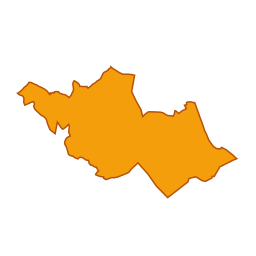 Ibadan North West, Oyo, Nigeria (Natural Earth projection), rotated 158°
{"feature_id": "59680162B17793632216798", "entity_name": "Ibadan North West", "entity_type": "district", "adm_level": 2, "iso_a3": "NGA", "parent_name": "Nigeria", "parent_adm1": "Oyo", "projection": "natural_earth1", "projection_center": [3.873, 7.409], "detail": "fine", "context": "isolated", "style": "filled", "palette": "amber", "viewbox_px": 256, "rotation_deg": 158, "n_neighbors": 0, "source": "geoboundaries", "source_scale": "gbopen_adm2", "svg_char_len": 4775}
<svg xmlns="http://www.w3.org/2000/svg" viewBox="0 0 256 256"><g transform="rotate(158 128 128)"><path d="M144.9,86.4L142.9,87.0L142.6,87.1L141.5,88.1L139.9,88.8L138.2,89.6L136.9,90.0L135.4,90.5L133.6,91.2L131.9,92.0L126.9,78.3L123.5,63.7L117.3,48.6L92.8,55.5L90.3,58.3L83.4,57.4L78.9,51.3L76.1,49.5L68.9,50.2L68.0,51.7L66.3,50.7L57.4,57.6L42.2,58.8L38.6,58.8L39.5,60.2L40.5,62.8L45.0,70.9L48.5,75.0L50.2,74.0L53.6,75.7L55.8,79.1L57.6,86.4L57.6,92.8L57.9,97.2L57.6,101.7L57.3,108.2L57.3,111.8L57.0,115.6L57.0,117.8L56.8,122.5L56.6,126.5L57.9,127.1L60.0,128.7L62.7,129.7L64.2,129.7L64.9,127.6L67.1,128.0L66.6,124.3L68.9,123.8L71.4,123.7L75.6,122.5L77.0,125.5L78.0,126.5L79.0,124.8L80.3,123.1L81.6,122.0L83.0,122.9L84.9,123.8L86.7,124.9L88.0,126.3L89.6,128.7L92.0,130.5L94.6,131.7L95.7,132.2L99.2,133.8L102.0,135.0L103.6,135.3L107.2,134.3L110.1,133.2L109.1,140.2L110.3,149.3L111.0,160.4L102.1,174.4L104.3,176.0L107.7,177.8L112.6,179.8L115.1,182.4L117.5,185.8L118.7,187.4L120.2,189.5L120.9,191.0L121.0,190.7L121.9,190.2L122.4,190.1L123.1,190.1L123.8,189.9L124.3,189.7L124.6,189.5L124.9,189.0L125.9,188.9L126.3,188.8L127.0,188.7L127.7,188.7L129.1,188.6L130.0,188.3L131.0,187.6L131.7,187.0L132.4,186.2L133.1,185.6L134.0,184.9L134.4,184.4L135.3,183.9L136.4,183.6L137.3,183.3L137.7,183.3L138.7,183.3L139.3,183.0L140.3,182.6L141.2,182.3L142.1,182.1L144.4,181.8L145.4,181.4L146.3,180.9L147.8,180.5L149.8,180.0L150.3,180.1L150.6,180.7L150.6,181.3L150.5,181.6L150.5,181.9L151.3,182.1L152.6,182.6L154.3,183.3L155.2,183.9L157.0,184.5L157.0,185.0L157.0,185.9L157.0,186.5L157.2,187.4L157.6,188.5L158.1,189.4L159.1,190.6L160.2,192.0L161.0,191.5L162.2,190.3L162.8,189.0L163.3,187.0L163.7,185.3L164.1,184.2L164.6,183.3L166.4,181.7L168.9,179.4L171.2,178.3L171.5,178.6L172.1,179.8L172.8,181.1L173.1,181.7L173.6,182.1L174.8,183.0L175.6,183.5L176.8,184.6L177.9,185.4L178.3,186.0L178.7,186.8L179.0,187.8L179.3,187.8L179.7,188.0L180.0,188.1L180.4,188.4L180.7,188.6L180.9,188.8L181.3,188.9L181.6,188.9L182.3,189.0L182.6,189.0L182.7,188.8L182.9,188.6L183.0,188.3L183.2,188.1L183.4,188.2L183.7,188.5L184.0,188.9L184.3,189.0L184.8,189.1L185.3,189.1L185.7,189.1L185.9,188.9L186.1,188.7L187.0,189.7L187.3,189.4L187.6,188.7L187.8,188.2L188.2,188.5L188.1,188.9L188.4,189.5L188.8,190.6L188.8,191.3L189.0,192.1L189.9,193.9L190.9,195.4L191.8,196.5L192.2,196.9L192.5,197.4L192.8,197.7L193.1,198.1L193.6,198.5L194.1,199.1L194.7,199.6L195.1,200.1L195.3,200.3L195.5,200.7L195.9,201.2L196.1,201.6L196.3,201.8L196.8,202.4L197.9,203.3L198.8,204.2L199.6,205.2L200.6,206.3L201.2,206.6L201.3,206.7L201.4,206.8L201.6,206.9L201.7,207.0L202.1,207.1L202.7,207.4L202.9,207.2L203.2,207.0L203.7,206.7L204.4,206.2L205.1,205.8L205.8,205.5L206.9,205.2L208.0,204.8L209.1,204.5L210.4,203.8L211.2,203.4L212.2,203.0L213.8,202.4L214.7,202.1L215.6,201.8L216.4,201.7L216.9,201.5L217.4,201.6L217.3,201.1L217.0,200.8L216.8,200.4L216.4,199.8L215.5,198.6L214.6,198.1L213.8,197.2L213.5,196.8L213.4,196.3L213.4,194.8L213.7,193.5L214.0,193.1L214.7,191.8L215.1,190.4L215.1,187.8L213.4,187.9L211.5,187.9L208.3,188.1L206.3,187.9L205.8,187.5L205.5,187.3L205.6,186.4L205.7,185.8L205.8,185.2L206.0,184.9L206.4,184.5L206.9,184.0L207.1,183.7L207.3,183.3L207.3,182.8L207.3,182.4L207.4,181.2L207.3,180.4L207.2,179.9L207.0,179.4L206.6,178.6L206.2,177.6L206.0,177.2L205.8,176.8L205.5,176.3L204.7,174.5L204.0,173.1L203.7,172.3L203.3,171.9L202.5,171.0L201.8,170.1L201.5,169.5L201.2,168.8L200.8,167.9L200.7,167.3L200.6,166.6L200.6,165.6L200.7,164.7L200.8,163.6L200.9,162.8L201.0,162.3L201.0,162.0L201.0,161.4L201.0,160.1L201.0,157.9L200.9,156.0L200.9,155.5L200.4,154.7L199.8,153.6L198.4,151.2L197.7,150.0L191.3,159.9L190.0,153.8L189.0,151.3L186.6,151.7L182.9,153.0L182.3,153.3L181.8,153.6L181.7,153.1L181.6,152.7L181.7,152.1L181.9,151.3L182.4,150.3L183.2,148.9L183.7,148.1L184.4,146.5L184.5,146.0L184.6,144.9L184.6,142.2L185.1,142.3L186.1,142.2L186.9,142.1L187.0,142.1L187.7,142.0L188.8,141.7L189.0,141.6L189.7,141.0L190.8,140.0L191.4,139.4L191.9,138.7L192.2,138.3L192.4,137.5L192.5,136.8L192.5,136.2L192.7,135.8L192.4,135.1L192.3,133.7L192.4,131.6L192.7,128.7L193.0,126.2L192.6,125.1L192.0,124.2L190.9,123.4L189.9,122.6L189.2,121.8L188.6,120.7L187.5,119.4L186.8,118.7L186.1,118.2L185.6,118.1L184.3,118.8L183.2,118.7L181.8,118.0L180.8,116.8L179.9,115.5L179.1,114.3L178.0,113.3L176.7,112.8L176.9,111.3L177.3,110.0L176.6,107.6L176.2,107.5L175.6,107.2L174.6,106.1L174.0,105.1L172.9,103.9L172.1,103.7L171.8,101.5L171.5,99.9L171.4,99.2L172.8,98.8L174.3,97.9L174.7,97.7L175.5,96.8L173.9,95.2L173.3,94.6L171.7,93.3L171.0,92.9L169.0,91.8L169.4,90.8L169.4,90.5L168.2,89.6L168.4,89.1L168.4,88.8L167.4,88.4L166.7,88.3L165.1,88.2L163.8,88.3L162.3,88.1L161.3,88.1L160.9,87.8L160.0,87.2L155.8,86.4L144.9,86.4Z" fill="#f59e0b" stroke="#b45309" stroke-width="1.5"/></g></svg>